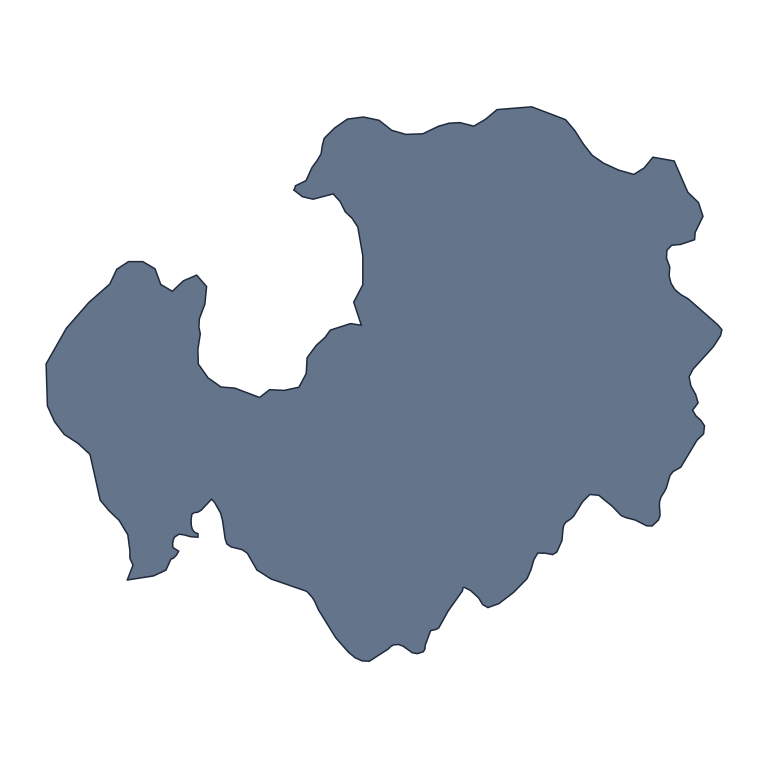 the border of Attapu
{"feature_id": "LAO-3294", "entity_name": "Attapu", "entity_type": "Province", "adm_level": 1, "iso_a3": "LAO", "parent_name": "Laos", "parent_adm1": "", "projection": "natural_earth1", "projection_center": [106.906, 14.792], "detail": "fine", "context": "isolated", "style": "filled", "palette": "slate", "viewbox_px": 768, "rotation_deg": 0, "n_neighbors": 0, "source": "natural_earth", "source_scale": "10m", "svg_char_len": 2800}
<svg xmlns="http://www.w3.org/2000/svg" viewBox="0 0 768 768"><path d="M694.6,239.7L680.7,244.4L671.6,245.3L666.9,250.3L666.5,258.1L669.8,267.2L669.1,275.7L671.0,283.2L674.9,289.6L680.7,294.5L688.4,299.0L717.8,324.8L721.9,329.7L720.5,335.7L713.4,346.7L693.0,369.2L689.1,376.8L690.8,385.7L695.7,394.6L698.1,402.9L692.6,410.2L695.8,415.7L700.8,420.3L704.5,425.8L703.6,433.8L697.0,440.2L680.8,467.2L673.2,471.5L670.1,475.3L666.2,488.2L664.6,491.4L661.1,496.9L659.6,501.5L659.4,506.1L659.9,510.9L660.0,515.8L658.4,520.1L652.1,526.0L646.5,525.8L635.2,520.0L626.0,517.7L621.2,515.6L612.0,506.1L598.8,495.3L589.8,494.5L582.4,502.0L573.8,516.0L571.3,518.5L565.7,522.4L563.8,525.2L563.0,529.0L562.0,540.4L556.9,552.0L552.7,554.6L545.2,553.2L537.7,553.1L533.8,559.9L531.0,569.7L527.1,578.6L513.7,592.3L498.8,603.7L487.9,607.6L482.7,604.6L478.5,597.8L470.5,590.5L464.4,587.4L462.9,587.9L462.5,590.8L448.3,610.8L438.8,627.8L436.7,629.2L430.6,630.7L425.2,645.3L425.0,648.9L423.3,651.8L417.1,653.7L412.2,652.7L403.1,646.2L398.6,644.5L393.5,644.9L390.6,646.6L388.3,649.0L369.4,661.2L362.1,660.9L355.3,657.9L348.5,652.3L335.6,637.6L318.5,609.9L314.7,601.4L312.5,597.8L308.7,593.3L306.6,591.3L271.0,579.0L265.0,575.1L256.9,570.0L247.3,553.2L242.2,549.7L231.0,546.9L226.8,543.9L225.1,538.5L222.5,520.4L220.6,513.1L214.5,502.3L211.6,499.2L201.1,510.3L197.5,512.3L194.3,512.6L191.9,514.2L191.1,519.8L191.3,525.3L192.3,529.4L194.5,532.2L198.0,533.7L198.0,537.2L190.5,536.7L184.3,534.9L179.0,534.2L174.4,537.2L173.4,539.7L172.6,543.8L173.0,547.6L178.7,551.2L176.5,555.1L173.0,558.5L171.0,558.9L166.0,570.1L153.6,575.9L127.3,580.0L127.3,579.9L133.0,565.1L129.9,558.4L129.9,550.8L127.8,534.8L119.1,520.3L109.0,510.7L100.2,500.2L90.0,454.4L77.9,443.3L64.2,434.4L54.5,421.6L47.4,405.9L46.1,363.9L66.4,328.2L88.9,302.4L109.8,284.0L116.8,269.2L128.5,261.6L142.8,261.6L155.0,268.8L160.8,284.5L172.3,291.3L183.4,280.8L196.6,275.1L206.6,286.5L204.9,304.1L199.4,318.7L198.9,326.9L200.3,333.9L197.9,349.2L198.3,364.0L208.1,377.9L221.0,387.0L234.8,388.1L259.6,397.5L269.5,389.7L284.1,390.4L298.9,387.2L306.2,373.6L307.1,357.7L316.2,345.4L325.0,337.4L330.3,330.1L350.5,323.6L361.3,325.2L353.7,302.1L362.8,284.8L362.8,255.7L357.8,227.0L352.0,218.2L345.3,211.9L340.1,201.5L333.1,193.9L313.1,199.2L302.4,196.7L293.8,190.0L294.9,188.0L295.4,185.8L306.0,180.6L312.1,167.3L317.0,160.7L321.1,153.8L322.2,146.1L324.1,138.4L334.6,128.0L347.4,119.1L363.3,117.0L379.1,120.3L391.7,130.3L405.8,134.4L422.8,133.8L438.6,126.2L449.1,123.2L460.0,122.6L473.7,126.2L485.6,119.2L497.0,109.6L531.7,106.8L565.6,119.7L574.9,130.7L583.5,144.2L592.2,155.3L603.6,163.2L618.6,170.1L633.8,174.4L644.2,167.9L652.9,157.2L674.2,161.0L687.8,192.2L698.5,202.6L703.0,216.4L695.2,232.4L694.6,239.5L694.6,239.7Z" fill="#64748b" stroke="#1e293b" stroke-width="1.5"/></svg>